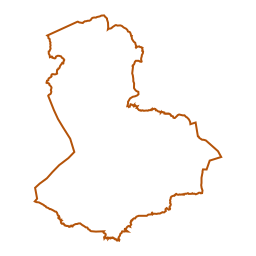 Wassa East, Western, Ghana (Albers equal-area conic projection)
{"feature_id": "2480657B7921909152770", "entity_name": "Wassa East", "entity_type": "district", "adm_level": 2, "iso_a3": "GHA", "parent_name": "Ghana", "parent_adm1": "Western", "projection": "albers", "projection_center": [-1.647, 5.368], "detail": "fine", "context": "isolated", "style": "outline", "palette": "amber", "viewbox_px": 256, "rotation_deg": 0, "n_neighbors": 0, "source": "geoboundaries", "source_scale": "gbopen_adm2", "svg_char_len": 5768}
<svg xmlns="http://www.w3.org/2000/svg" viewBox="0 0 256 256"><path d="M146.8,215.8L148.3,214.6L151.3,214.4L151.9,213.7L151.9,212.9L152.1,212.7L152.8,213.5L152.4,214.2L152.5,214.4L153.1,213.9L154.3,213.7L156.8,213.9L158.2,213.5L160.0,213.5L162.4,212.2L162.9,212.4L164.4,212.3L165.2,211.3L165.8,211.0L165.5,209.2L166.6,208.1L168.7,209.7L169.9,209.3L170.1,208.5L169.5,207.4L169.7,206.5L170.5,205.6L170.8,204.2L170.0,203.0L170.4,201.9L170.0,200.3L170.6,198.9L170.8,197.4L171.5,196.5L173.8,195.6L174.3,195.8L175.0,195.2L175.0,194.8L176.1,193.9L176.4,193.9L177.0,194.6L178.6,194.8L179.3,194.4L180.1,194.7L180.7,194.5L181.3,194.6L181.8,194.4L182.7,194.6L183.2,194.1L184.0,194.7L185.1,193.7L186.4,193.8L187.8,193.2L188.2,193.3L188.6,193.9L189.1,193.9L191.8,193.8L192.3,193.3L193.1,193.8L194.6,193.7L195.8,194.3L198.0,193.4L198.5,192.9L199.1,192.7L200.2,192.8L200.8,193.3L202.1,193.1L202.5,190.5L201.6,187.9L201.2,185.1L201.5,183.1L201.5,177.8L202.6,172.1L202.5,171.2L203.0,169.4L206.6,169.5L209.7,160.6L221.2,157.0L218.0,151.2L215.3,148.8L205.8,140.4L203.7,139.8L202.0,139.7L199.2,137.8L198.7,136.6L197.9,136.4L195.6,122.5L190.4,124.2L190.1,121.8L188.9,119.4L187.0,117.4L186.0,116.9L184.5,115.3L182.9,115.4L179.1,114.5L177.6,115.2L177.5,115.5L175.7,117.2L174.8,118.0L174.4,118.0L173.4,117.7L172.9,116.3L171.0,115.8L170.6,115.1L170.7,114.7L169.6,113.8L168.9,113.9L168.5,113.5L167.7,113.5L167.5,113.8L165.2,113.8L165.0,113.7L165.3,113.5L164.4,113.5L164.3,112.5L162.1,111.9L161.9,112.2L161.3,111.7L160.7,112.5L160.7,112.1L160.5,112.3L159.2,111.5L158.3,111.5L156.9,110.4L156.1,110.3L156.0,110.0L155.8,110.1L155.3,109.0L154.3,108.7L152.7,109.3L152.5,109.1L152.2,109.5L152.1,109.2L151.8,109.7L151.3,109.4L151.0,109.6L151.0,109.9L150.2,110.2L148.6,110.2L147.9,110.7L146.4,110.5L143.8,110.8L142.7,110.3L141.6,110.7L140.9,110.3L140.6,110.6L139.0,110.1L137.3,108.3L137.2,107.8L136.7,107.8L137.5,106.3L136.8,106.5L136.3,106.3L135.4,105.4L134.8,106.0L134.3,105.8L133.9,106.3L133.7,106.0L133.9,105.1L133.5,105.5L133.2,105.2L132.5,105.3L132.0,104.7L130.6,104.3L129.7,106.7L129.0,106.5L128.7,106.9L127.8,105.9L127.4,106.0L128.1,103.3L128.0,101.9L130.0,98.5L132.7,96.8L135.1,96.3L137.4,95.3L138.5,94.2L138.3,91.8L136.5,91.1L135.7,90.4L134.7,89.2L134.0,88.0L134.1,83.3L133.3,81.2L133.3,78.9L132.8,75.3L132.2,73.4L133.0,66.7L132.5,66.1L132.8,65.3L133.3,65.2L134.2,64.0L134.9,61.8L135.8,60.8L138.6,60.8L140.0,61.6L141.3,61.8L141.6,61.6L141.1,59.4L141.2,58.2L141.8,56.2L141.8,55.2L142.8,53.4L143.1,51.5L142.8,51.0L142.3,51.0L142.2,50.5L142.6,49.9L142.1,48.5L142.5,47.9L141.4,47.2L140.1,47.1L139.3,46.4L137.1,46.8L136.1,47.7L135.8,47.2L136.3,46.1L135.6,44.6L135.2,42.7L134.1,42.0L133.2,40.9L131.9,38.8L131.7,36.6L131.4,36.2L131.5,36.0L131.2,36.0L130.5,33.3L129.7,32.0L128.0,31.5L127.3,29.9L126.1,28.7L123.7,27.5L121.8,25.9L120.3,25.4L117.4,25.6L116.1,25.1L115.4,25.2L112.5,27.1L111.5,28.1L110.6,28.5L108.8,28.7L107.9,29.4L108.2,27.6L108.0,22.6L107.0,19.4L107.0,18.5L105.8,17.3L105.5,17.2L104.1,15.4L101.3,15.6L99.8,16.4L97.0,17.0L95.9,17.6L94.3,17.5L92.7,17.8L92.0,18.2L91.4,18.9L91.0,19.7L90.2,20.3L89.5,20.7L87.4,20.8L86.4,21.2L84.8,21.3L83.0,22.6L82.8,23.0L79.1,22.4L78.2,21.8L77.5,21.7L47.3,35.5L48.3,36.3L48.5,38.2L49.7,39.1L49.8,41.1L50.5,42.5L50.2,43.8L50.6,45.3L50.2,46.8L50.6,48.6L49.4,51.2L48.7,51.5L48.8,53.8L49.6,55.0L49.9,57.2L51.8,56.5L52.3,56.9L52.3,57.7L54.6,58.4L55.4,58.2L56.0,56.6L57.6,55.8L59.0,55.8L61.1,56.4L62.0,57.8L63.3,58.5L63.8,59.2L63.8,59.8L64.2,60.0L64.1,60.5L63.5,61.7L63.4,62.7L63.2,62.6L63.0,63.1L62.7,62.7L62.2,62.8L62.0,63.6L61.3,64.2L60.0,66.1L59.6,67.7L58.8,68.5L58.4,68.5L58.2,69.3L57.3,69.6L57.0,70.3L57.1,70.7L56.8,72.3L57.1,73.1L57.1,73.6L55.6,74.3L54.6,74.4L52.8,74.1L51.8,74.4L51.3,75.3L51.6,76.2L51.1,76.9L48.7,78.4L48.4,79.1L48.4,80.1L48.1,80.4L47.0,80.7L46.5,82.8L47.1,83.1L48.0,83.0L49.1,83.6L49.4,84.1L49.3,84.8L50.3,85.7L51.3,87.0L51.5,87.6L51.3,88.8L50.8,90.1L51.3,91.4L51.1,92.8L50.5,94.0L48.8,94.9L48.2,95.8L53.9,110.1L58.0,119.0L63.3,127.8L70.2,138.7L74.3,152.0L68.4,158.1L59.2,165.1L52.4,172.1L46.9,178.3L39.7,183.6L35.1,187.8L37.1,198.7L34.8,201.4L36.3,202.1L38.9,202.4L43.8,205.0L44.1,205.5L44.8,205.9L45.6,206.2L46.3,207.3L48.1,207.9L49.8,209.1L50.4,209.0L51.7,209.6L53.8,210.7L54.7,211.4L56.1,211.7L57.0,212.8L57.8,215.2L58.8,215.8L59.2,216.4L59.1,216.8L58.5,217.1L58.3,218.0L58.5,218.2L59.4,218.1L59.3,218.8L60.2,219.5L61.0,219.6L60.7,220.1L61.6,220.6L60.9,221.0L60.8,221.6L61.2,223.1L62.0,223.8L63.0,223.4L63.7,223.7L63.7,224.3L64.6,224.9L64.7,225.4L65.7,225.5L65.9,225.8L66.8,226.0L67.9,225.9L69.0,226.8L69.5,226.4L69.8,226.7L70.4,226.5L71.0,225.8L71.4,226.2L71.8,226.3L71.7,226.0L72.1,225.6L73.2,225.7L73.7,225.0L75.5,224.1L77.6,223.9L78.2,223.5L80.2,223.4L82.7,225.4L83.2,225.5L85.9,227.4L87.2,227.5L87.6,227.9L88.3,229.3L89.6,229.8L90.2,230.7L91.1,231.2L95.8,231.6L103.8,231.3L103.3,231.9L103.4,232.4L104.3,233.2L105.4,233.7L105.8,234.9L104.6,237.2L104.1,237.3L104.3,238.3L104.8,237.5L105.8,237.7L106.3,238.3L107.3,237.5L107.7,237.5L108.0,238.3L108.2,238.2L108.2,238.7L108.7,238.1L109.3,237.9L109.5,238.2L109.8,238.1L110.5,238.4L111.1,237.6L112.0,238.1L112.4,238.0L112.8,237.5L113.6,237.9L113.8,238.4L114.3,238.5L114.7,239.0L115.0,238.8L115.6,239.3L116.4,239.4L116.3,239.9L117.1,240.6L117.4,240.5L117.4,240.2L118.0,240.2L118.7,240.1L118.7,240.4L119.1,240.6L119.4,239.7L118.5,238.3L118.7,237.3L119.9,235.6L120.3,234.0L120.5,233.6L121.5,233.1L122.1,231.4L122.5,231.3L124.0,231.6L125.6,231.3L127.8,231.5L125.5,229.7L124.8,229.5L124.9,228.9L126.0,228.8L127.1,227.0L128.4,226.0L130.1,226.7L129.9,226.0L131.2,224.6L130.5,222.6L131.1,221.9L130.9,221.3L131.2,220.6L131.5,220.3L132.1,220.5L132.5,220.1L132.6,219.4L133.2,218.9L134.1,218.3L135.0,218.5L136.4,216.7L138.7,215.8L146.8,215.8Z" fill="none" stroke="#b45309" stroke-width="2"/></svg>